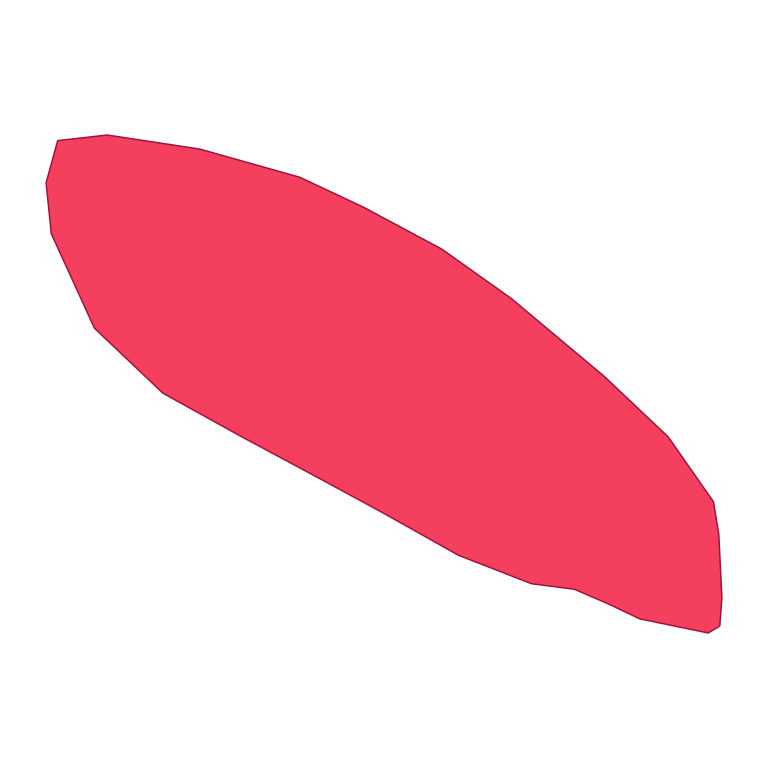 Lakena, Tuvalu
{"feature_id": "33948139B28516646403189", "entity_name": "Lakena", "entity_type": "district", "adm_level": 2, "iso_a3": "TUV", "parent_name": "Tuvalu", "parent_adm1": "", "projection": "equal_earth", "projection_center": [176.069, -5.648], "detail": "fine", "context": "isolated", "style": "filled", "palette": "rose", "viewbox_px": 768, "rotation_deg": 0, "n_neighbors": 0, "source": "geoboundaries", "source_scale": "gbopen_adm2", "svg_char_len": 451}
<svg xmlns="http://www.w3.org/2000/svg" viewBox="0 0 768 768"><path d="M57.7,140.6L46.1,182.9L51.3,233.7L94.5,328.3L162.9,393.2L241.9,436.9L320.8,479.2L380.8,511.7L458.7,555.4L531.4,583.7L574.5,589.3L607.2,603.4L639.8,618.9L708.2,633.0L719.8,626.0L721.9,597.8L718.8,534.3L713.5,501.8L668.2,436.9L604.0,376.2L511.4,298.6L441.9,249.2L362.9,206.9L299.8,177.3L199.8,149.1L107.1,135.0L57.7,140.6Z" fill="#f43f5e" stroke="#9f1239" stroke-width="1.5"/></svg>